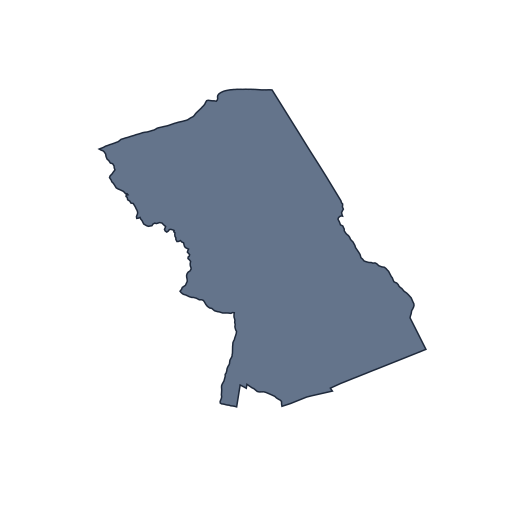 outline of Barreirinhas, Maranhão, Brazil, rotated 314°
{"feature_id": "56859067B98453843203309", "entity_name": "Barreirinhas", "entity_type": "district", "adm_level": 2, "iso_a3": "BRA", "parent_name": "Brazil", "parent_adm1": "Maranhão", "projection": "robinson", "projection_center": [-42.957, -2.836], "detail": "fine", "context": "isolated", "style": "filled", "palette": "slate", "viewbox_px": 512, "rotation_deg": 314, "n_neighbors": 0, "source": "geoboundaries", "source_scale": "gbopen_adm2", "svg_char_len": 5260}
<svg xmlns="http://www.w3.org/2000/svg" viewBox="0 0 512 512"><g transform="rotate(314 256 256)"><path d="M386.6,152.2L385.6,151.0L384.2,149.5L382.7,148.1L381.3,146.6L379.6,144.9L378.5,143.6L377.7,142.6L376.6,141.3L375.1,139.5L373.6,137.9L372.2,136.3L370.6,134.7L369.6,133.6L368.7,132.6L367.6,131.6L366.4,130.4L365.3,129.2L364.1,128.0L362.7,126.5L361.3,125.3L360.2,124.2L359.2,123.4L357.5,121.9L356.1,120.9L355.0,120.1L353.5,119.1L351.9,118.2L349.6,117.3L348.0,116.9L346.6,116.7L344.9,117.0L343.7,117.8L342.8,119.0L341.3,119.8L339.7,119.9L338.7,118.3L337.3,116.8L336.0,115.1L334.8,113.4L333.4,112.6L331.3,113.1L329.6,113.7L327.5,113.9L326.3,113.8L324.6,113.9L321.8,113.8L319.7,113.7L317.6,113.6L315.9,113.7L314.1,114.0L312.4,113.9L310.2,113.1L308.2,112.6L306.7,112.3L305.2,111.6L303.4,110.5L301.7,109.5L300.2,108.5L298.3,107.2L296.6,106.3L294.8,105.2L289.4,102.5L288.1,101.8L286.6,100.8L285.0,99.7L283.7,98.9L282.2,97.9L280.5,96.8L279.2,96.1L277.6,95.7L275.9,95.2L274.1,94.1L272.4,93.2L271.2,92.5L270.1,91.9L269.0,91.1L267.7,90.0L266.0,88.8L264.8,88.2L263.6,87.6L261.7,86.5L259.9,85.4L257.8,84.4L255.6,83.1L253.7,82.1L252.0,81.2L250.1,80.0L248.7,79.3L247.4,78.6L246.2,77.9L244.2,77.7L242.3,77.4L240.6,76.5L239.4,76.0L238.2,75.4L236.2,74.4L234.6,73.5L232.2,72.4L230.6,71.5L228.2,70.8L227.0,70.3L225.6,69.6L224.0,68.9L224.6,71.2L225.3,72.6L225.5,74.1L224.9,77.0L223.4,79.0L222.8,80.3L222.2,81.8L222.4,83.6L221.7,86.7L222.8,88.7L222.2,91.3L220.9,92.8L220.0,94.7L218.6,94.9L216.8,95.1L215.5,95.4L213.9,95.4L212.3,95.4L210.6,96.2L210.0,99.1L209.2,100.7L209.2,102.7L208.8,104.7L207.9,108.1L208.4,110.2L209.2,112.2L209.7,113.7L210.4,115.8L210.2,118.8L211.3,120.0L211.1,121.4L209.6,120.4L208.5,121.2L208.7,122.6L207.3,124.6L207.8,127.0L207.2,129.3L208.5,131.2L207.5,135.0L206.7,137.0L206.2,138.7L205.3,140.4L204.0,141.5L202.7,142.0L201.2,142.7L200.2,144.1L201.5,145.1L203.2,145.8L202.5,147.3L202.3,149.4L201.0,153.0L201.8,156.3L202.6,158.0L204.0,159.0L205.5,160.1L207.4,159.7L209.3,160.3L210.1,161.8L211.5,162.6L213.1,163.4L214.4,165.5L214.3,167.3L214.3,169.0L214.5,170.4L213.2,171.1L211.6,171.6L210.9,173.3L211.2,175.2L213.2,175.6L214.8,175.3L216.0,176.2L216.9,177.9L217.5,179.4L216.3,180.0L216.4,181.6L215.2,182.5L213.9,184.0L213.4,185.7L212.2,186.9L211.5,189.1L212.8,190.3L214.6,190.9L214.5,192.9L215.2,194.7L214.1,196.4L213.3,197.8L213.0,199.3L213.6,201.3L214.1,202.7L212.4,203.3L211.1,203.9L211.0,205.7L210.9,207.3L209.5,208.1L208.1,207.9L206.9,208.9L207.0,210.4L206.7,212.7L204.6,214.1L203.2,215.7L202.5,217.3L201.5,218.4L199.4,218.9L197.3,218.4L195.5,218.7L193.9,219.5L192.7,220.7L191.5,222.5L190.1,224.1L188.1,224.8L185.9,225.6L182.2,224.8L180.3,225.6L177.9,225.8L177.7,227.4L177.8,229.6L178.3,231.0L179.1,232.4L180.4,236.3L181.6,238.6L182.7,239.7L184.2,242.4L185.1,245.6L186.7,247.2L187.4,248.7L187.3,250.2L186.3,253.7L186.0,256.0L186.4,258.7L187.6,260.6L187.8,264.2L189.3,267.1L190.3,268.4L191.0,269.9L191.9,271.7L193.5,273.3L194.8,274.6L196.0,276.0L197.3,277.8L198.9,278.3L200.1,279.8L198.2,281.2L196.8,282.6L195.9,284.3L194.9,285.7L193.5,286.7L192.3,288.6L190.4,290.0L189.5,291.4L188.7,292.8L188.3,294.3L186.6,295.6L184.4,296.7L182.2,297.7L180.7,298.6L179.1,299.0L177.5,299.7L176.0,301.0L174.8,301.9L173.5,303.1L172.2,304.3L169.7,306.6L168.4,307.4L167.4,308.3L166.0,308.8L164.5,309.2L163.0,309.6L161.3,310.8L160.2,311.7L158.9,312.2L157.4,312.5L155.9,313.0L154.6,313.6L153.0,314.8L150.8,315.9L149.5,316.0L148.0,317.5L146.3,318.4L144.0,319.7L140.3,320.7L138.9,321.3L137.8,322.2L135.8,324.4L134.3,325.7L133.1,326.7L132.0,327.6L131.3,328.7L129.9,329.8L128.3,330.5L126.5,331.2L125.4,332.4L125.8,334.1L126.7,335.2L127.5,336.5L128.3,338.0L129.1,339.2L130.0,340.3L130.7,341.9L132.0,343.5L133.0,345.0L134.0,346.9L152.2,334.2L153.0,336.9L153.5,338.6L154.1,340.9L157.4,338.6L158.4,344.6L159.1,346.6L159.4,351.0L160.5,352.8L163.7,355.9L164.8,358.0L165.8,360.6L166.7,363.0L167.5,365.3L168.1,367.1L168.1,369.3L168.6,371.7L169.2,373.8L169.0,375.5L167.3,377.2L165.9,379.1L173.8,383.3L189.7,390.4L193.9,393.0L211.9,404.8L212.2,403.2L212.6,401.3L223.3,405.5L227.0,407.2L235.6,411.0L239.7,412.9L245.1,415.3L247.5,416.4L253.6,419.1L258.6,421.4L283.9,432.8L302.2,441.0L304.7,442.1L306.9,443.1L307.4,441.6L316.7,415.0L318.5,409.8L320.0,408.8L322.1,407.8L324.9,405.9L326.4,405.6L328.8,404.8L330.2,404.0L331.3,402.7L332.0,400.8L333.7,396.7L334.0,392.4L334.0,390.1L333.7,388.3L333.5,386.8L333.9,383.5L333.6,381.4L333.6,379.9L334.2,378.1L334.3,375.9L333.7,374.6L333.3,373.0L334.0,371.3L335.0,369.2L335.2,367.6L336.5,363.7L337.1,362.0L337.1,360.4L337.3,358.3L337.1,356.2L335.6,354.1L334.3,351.1L334.3,348.2L333.7,346.4L332.0,345.0L331.5,343.6L329.7,341.6L328.4,339.2L327.5,337.2L327.8,334.7L327.7,332.6L328.7,331.0L329.4,329.7L329.9,327.8L330.3,326.0L331.2,321.7L332.3,319.8L332.8,318.2L333.5,315.9L333.5,314.4L333.6,312.5L334.5,310.4L334.9,308.2L334.7,306.9L334.7,305.2L335.0,303.8L335.4,302.0L336.7,300.7L337.2,299.2L337.9,297.6L337.1,295.1L338.5,292.2L339.4,289.4L340.9,288.7L342.6,288.8L344.1,289.5L344.8,290.6L345.7,288.8L346.7,287.4L348.4,286.8L350.4,286.3L351.3,284.1L352.4,283.3L353.6,282.2L353.7,280.5L354.7,278.8L360.8,255.6L361.8,251.9L365.4,237.4L369.2,221.6L370.0,218.4L374.0,202.6L377.3,189.4L386.6,152.2Z" fill="#64748b" stroke="#1e293b" stroke-width="1.5"/></g></svg>